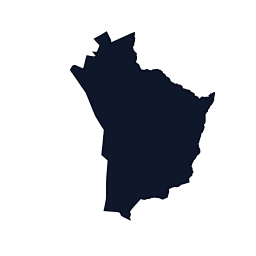 the district of Cherangany, Rift Valley, Kenya, rotated 216°
{"feature_id": "3690345B16240552911731", "entity_name": "Cherangany", "entity_type": "district", "adm_level": 2, "iso_a3": "KEN", "parent_name": "Kenya", "parent_adm1": "Rift Valley", "projection": "mercator", "projection_center": [35.178, 1.046], "detail": "fine", "context": "isolated", "style": "filled", "palette": "ink", "viewbox_px": 256, "rotation_deg": 216, "n_neighbors": 0, "source": "geoboundaries", "source_scale": "gbopen_adm2", "svg_char_len": 5828}
<svg xmlns="http://www.w3.org/2000/svg" viewBox="0 0 256 256"><g transform="rotate(216 128 128)"><path d="M207.3,180.4L203.9,179.7L199.0,178.8L197.5,172.6L197.2,170.8L198.5,170.0L200.2,169.0L195.7,168.0L196.5,166.1L196.9,165.4L199.8,163.9L201.8,162.9L203.4,162.2L203.1,161.4L202.8,160.4L202.3,159.3L199.0,151.4L198.9,150.8L198.8,149.1L207.3,147.3L208.5,146.4L208.8,145.1L208.8,144.6L208.6,142.6L208.5,141.4L206.5,140.5L206.1,140.5L204.8,140.1L192.0,135.6L190.6,135.1L190.2,134.7L188.3,134.3L187.8,134.1L182.9,132.4L178.9,130.0L166.6,122.3L162.2,119.6L161.0,119.0L159.5,118.3L149.9,114.3L145.9,112.9L145.1,111.4L143.5,108.9L142.9,107.5L142.6,107.1L142.0,106.1L139.8,102.5L134.0,92.5L133.2,91.2L125.0,90.5L116.0,75.8L112.6,70.7L109.1,65.9L104.8,59.9L103.5,58.0L100.2,51.0L98.7,47.5L87.8,54.2L84.9,55.6L84.6,55.1L84.0,54.8L83.5,54.7L82.6,54.3L82.2,53.8L80.3,53.8L72.8,55.1L73.3,55.5L74.3,55.8L74.9,56.2L75.0,56.9L74.8,57.9L75.2,58.5L75.5,59.5L76.5,60.0L77.3,60.6L77.6,60.9L77.9,61.5L77.9,62.1L78.0,63.4L77.9,65.7L77.7,68.2L76.6,78.5L76.3,78.9L74.6,79.2L73.8,79.7L73.2,79.9L72.7,80.2L72.4,80.5L72.2,81.0L71.8,81.8L71.4,82.2L70.6,82.8L69.0,84.4L68.7,85.5L68.5,86.0L67.4,86.5L67.1,86.8L66.8,87.3L66.3,87.8L65.5,88.2L64.3,88.7L63.8,89.2L63.1,89.6L62.7,89.7L62.2,90.0L61.6,90.5L59.8,90.6L59.2,90.8L58.6,91.0L58.2,91.3L57.8,91.8L57.6,92.3L57.4,92.7L56.4,94.4L55.9,94.9L57.4,99.1L57.8,100.1L58.2,100.6L58.8,101.2L59.5,102.0L59.7,102.5L59.6,103.1L58.3,105.2L57.8,106.1L56.3,108.1L55.9,108.5L55.2,108.8L54.7,109.0L54.3,109.3L53.9,109.8L53.5,110.1L53.1,110.5L52.6,112.2L52.1,113.8L51.4,114.7L48.5,118.4L47.2,120.1L48.1,121.1L48.7,121.3L49.0,121.7L49.2,122.4L49.6,123.3L49.7,123.8L49.6,124.4L49.3,125.8L49.0,126.5L48.9,127.0L49.1,127.6L49.7,128.7L49.7,129.6L49.8,130.4L50.2,130.7L51.7,131.5L52.2,132.1L52.7,132.9L53.2,133.1L54.0,133.2L54.5,133.8L55.1,134.9L55.5,136.3L55.8,136.7L55.9,137.4L56.0,137.9L55.9,138.3L55.9,138.8L56.5,139.7L56.4,140.1L56.3,141.4L56.1,142.2L56.1,142.6L56.1,143.2L56.3,143.8L56.3,144.3L56.2,144.8L56.5,145.3L56.6,145.9L56.5,146.5L56.6,147.1L56.2,147.4L56.0,147.8L56.0,148.4L55.8,149.0L55.8,149.5L56.0,149.9L55.9,150.5L57.2,152.3L57.8,152.5L58.2,152.6L58.4,153.1L59.1,153.2L59.4,153.7L60.1,153.7L60.5,154.1L60.8,155.1L61.7,155.6L62.1,155.9L62.5,156.4L62.7,157.0L62.6,157.7L62.8,158.2L63.3,159.0L63.5,159.4L63.4,159.8L63.7,160.7L63.9,161.1L64.0,161.6L64.3,161.9L64.5,162.4L64.7,163.3L64.6,163.7L64.9,164.2L65.4,164.7L65.4,165.4L65.9,165.6L66.4,166.5L66.1,167.0L66.1,167.5L65.8,167.8L65.7,168.3L65.9,168.9L66.1,169.3L66.1,169.8L66.1,170.4L66.6,171.4L66.7,172.2L67.2,173.2L67.4,173.7L68.4,174.0L68.7,174.4L69.3,175.6L69.1,177.3L69.3,177.8L69.9,178.8L70.2,179.2L70.4,179.6L70.7,180.1L71.5,180.9L71.7,181.4L72.2,181.8L72.6,182.3L72.8,182.8L73.4,183.1L73.5,183.8L73.9,184.2L74.2,184.6L74.1,185.3L73.9,185.7L74.2,186.2L74.1,186.7L74.2,187.3L73.8,188.1L74.5,188.9L74.4,189.2L74.6,189.7L74.5,190.2L74.6,190.8L74.5,191.8L74.6,192.7L75.0,193.8L74.9,194.7L74.6,196.0L74.8,197.4L74.7,198.1L75.0,198.5L74.9,198.9L75.0,199.3L75.2,199.6L75.2,200.3L75.2,200.7L75.7,201.2L76.0,201.7L76.2,202.1L76.9,203.2L77.6,204.7L77.9,205.6L78.3,206.5L78.9,207.1L79.3,206.7L79.5,206.4L79.4,205.8L79.7,205.4L79.8,204.9L80.3,204.3L80.8,204.2L80.7,203.6L80.8,203.2L80.6,202.6L81.0,202.2L80.5,202.1L80.6,201.6L80.3,200.6L80.4,200.0L81.3,199.7L81.7,199.4L81.8,198.9L82.1,198.6L82.7,198.6L82.6,198.1L82.4,197.6L83.1,197.4L83.9,197.6L84.3,197.2L84.8,196.9L86.0,196.6L86.2,196.2L86.3,195.8L86.2,195.2L86.6,194.7L86.1,193.9L86.5,193.2L88.0,193.1L88.8,193.3L89.3,193.6L89.8,193.6L90.4,193.5L91.1,193.5L91.8,193.2L92.3,192.9L92.8,192.7L93.5,193.0L93.9,193.3L94.2,193.9L94.6,194.2L95.3,194.2L95.9,194.2L96.4,194.0L96.8,194.1L98.0,193.9L99.2,193.6L99.7,193.9L100.0,194.3L100.5,194.3L101.0,194.1L101.4,193.9L101.4,193.4L101.9,193.2L102.5,193.2L103.4,193.0L103.9,192.8L104.6,192.8L105.0,192.4L106.3,191.8L107.3,192.0L108.4,192.6L109.0,193.1L109.7,193.2L110.4,192.9L110.9,193.0L112.0,192.5L112.6,192.2L113.0,191.8L113.4,191.8L114.2,192.2L114.8,191.3L115.3,191.0L115.9,190.7L116.5,190.6L116.9,190.6L117.4,190.8L118.5,190.4L119.0,190.1L119.6,190.4L120.2,190.4L120.6,190.2L121.1,190.2L121.6,190.6L122.1,190.6L122.3,191.0L122.8,191.3L123.0,191.7L123.5,191.9L124.0,191.8L124.5,192.0L125.7,191.8L126.3,191.8L126.8,191.6L128.1,191.8L128.6,192.1L129.2,192.2L129.5,192.5L129.9,192.6L130.3,192.7L130.7,192.5L132.2,192.3L132.6,192.7L133.1,193.1L133.5,193.2L134.0,193.4L134.4,193.2L134.7,193.3L135.2,193.1L135.6,193.3L136.1,193.2L136.8,192.8L138.2,192.6L139.0,192.1L139.5,191.6L140.5,190.6L141.6,189.8L141.9,189.3L142.1,188.6L142.2,188.1L142.8,187.7L143.9,187.0L144.2,186.7L144.7,186.8L145.9,186.5L146.3,186.4L147.0,186.3L147.3,185.9L147.2,185.3L148.0,184.9L148.2,184.3L148.2,183.7L148.6,183.5L149.2,183.5L149.9,183.3L150.3,183.0L150.4,182.6L151.3,182.4L152.1,182.9L152.7,182.9L153.8,183.3L154.2,183.6L154.5,184.0L154.9,183.8L155.4,183.8L155.7,184.2L155.8,184.7L156.4,185.1L157.9,185.2L159.4,185.2L160.0,185.3L160.6,185.1L160.9,185.6L161.3,186.3L161.5,186.7L161.5,187.4L161.7,188.2L162.1,188.8L162.9,190.1L163.2,190.5L163.8,191.0L164.5,191.2L164.7,191.8L164.7,192.2L164.9,192.6L165.3,192.9L165.9,193.0L166.5,192.8L167.5,193.3L168.1,193.1L168.6,193.4L169.5,193.8L169.9,193.9L170.1,194.3L170.5,194.6L170.9,194.9L171.4,195.3L171.9,195.7L172.5,196.0L172.8,196.5L172.3,196.8L172.4,197.5L172.9,198.2L172.6,198.7L173.2,199.8L173.8,199.8L173.7,200.6L174.1,200.9L174.2,201.3L173.9,201.8L174.4,202.6L174.8,202.9L175.2,203.5L175.2,203.9L175.5,204.5L176.0,204.4L176.3,204.8L176.8,204.5L177.1,204.7L177.6,205.1L177.3,205.7L177.6,206.2L177.7,206.7L177.7,207.2L178.1,207.6L178.4,207.7L178.7,208.0L178.9,208.5L180.1,206.7L190.0,189.4L190.7,188.1L191.4,186.6L191.7,186.2L194.1,188.8L195.8,189.6L201.7,192.8L204.3,186.6L207.3,180.4Z" fill="#0f172a" stroke="#020617" stroke-width="1.5"/></g></svg>